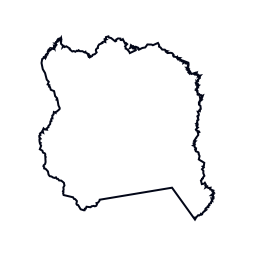 Towong, Victoria, Australia, rotated 11°
{"feature_id": "25037944B17734063205402", "entity_name": "Towong", "entity_type": "district", "adm_level": 2, "iso_a3": "AUS", "parent_name": "Australia", "parent_adm1": "Victoria", "projection": "mercator", "projection_center": [147.729, -36.366], "detail": "fine", "context": "isolated", "style": "outline", "palette": "ink", "viewbox_px": 256, "rotation_deg": 11, "n_neighbors": 0, "source": "geoboundaries", "source_scale": "gbopen_adm2", "svg_char_len": 5686}
<svg xmlns="http://www.w3.org/2000/svg" viewBox="0 0 256 256"><g transform="rotate(11 128 128)"><path d="M30.6,76.7L30.7,80.7L33.1,86.5L36.1,89.9L39.0,96.0L41.4,97.8L40.8,100.6L42.7,101.0L42.6,102.5L43.6,102.7L44.9,105.2L48.4,105.9L50.4,110.6L52.8,112.4L52.5,113.9L53.5,114.0L55.4,119.1L57.2,121.5L57.2,122.6L55.0,125.4L53.8,126.2L54.0,126.9L52.2,126.5L52.3,129.0L51.3,130.3L52.0,132.9L51.3,133.0L50.9,134.1L51.5,135.7L50.6,136.3L50.8,139.0L49.4,141.5L49.8,142.3L48.1,144.1L48.7,145.1L46.5,145.3L45.2,144.5L44.7,146.8L45.5,148.6L44.3,148.1L44.2,148.9L43.2,149.3L42.6,150.6L43.4,151.6L42.4,152.6L42.7,153.9L44.2,155.2L43.2,155.9L43.6,157.7L44.2,159.2L45.1,159.4L44.7,160.3L46.1,162.0L45.5,165.7L48.3,166.6L49.2,168.3L51.2,168.8L51.8,169.5L52.0,171.3L52.8,172.2L52.5,172.9L53.6,177.1L53.5,179.1L52.3,180.8L52.3,181.8L53.3,182.5L53.4,183.7L55.2,184.0L57.7,185.9L58.9,188.9L60.3,190.2L62.2,190.2L63.8,190.9L65.6,191.0L66.7,190.2L67.7,191.4L68.9,191.3L70.4,192.6L72.6,192.4L75.5,194.0L76.6,196.6L75.9,198.6L76.6,201.0L76.2,202.6L76.9,203.1L76.8,204.5L77.6,206.1L87.3,206.5L88.5,207.9L89.7,207.9L91.8,209.5L91.8,212.3L92.7,213.2L93.8,213.2L97.0,216.8L100.4,217.2L101.1,217.0L101.0,215.5L101.9,215.3L102.3,213.2L106.4,212.9L107.2,211.8L109.3,211.0L110.4,211.2L111.7,210.4L112.1,208.8L111.4,207.7L112.9,206.9L113.9,204.8L113.9,203.8L182.6,178.2L211.2,205.1L211.6,204.0L210.6,203.2L212.0,202.7L213.6,200.2L214.5,200.3L215.7,199.3L215.9,198.5L216.8,199.0L217.2,198.6L217.6,196.7L220.2,193.7L219.7,193.7L220.0,193.3L219.4,192.7L220.4,191.0L221.9,190.4L221.4,189.5L222.6,188.4L222.1,187.8L222.5,186.7L223.8,186.0L223.6,184.9L224.0,183.8L224.7,183.8L224.0,182.4L224.5,182.7L224.7,181.5L225.4,180.9L225.2,179.6L224.4,179.7L224.7,179.0L224.2,178.7L224.3,177.8L222.5,178.1L223.1,177.3L223.6,177.8L224.6,176.6L224.1,175.8L224.9,175.3L223.8,174.2L222.8,174.1L222.6,173.3L223.0,173.0L220.4,172.6L220.4,170.9L218.6,171.6L217.3,171.2L217.0,170.3L215.6,171.5L215.9,170.1L214.9,169.8L215.2,168.6L213.9,167.1L213.3,168.1L211.2,169.0L209.6,165.6L210.4,164.6L210.3,163.7L211.2,163.2L211.1,162.2L212.1,160.4L210.5,157.9L210.2,155.7L208.5,154.3L209.9,152.3L208.7,151.5L209.7,150.9L209.5,147.6L203.5,145.4L203.6,141.9L202.2,139.9L202.3,139.3L201.7,138.4L199.0,137.9L198.1,136.5L198.8,136.1L198.7,134.9L197.3,134.5L196.8,132.9L195.3,132.7L196.6,131.2L195.4,130.4L196.3,129.6L195.8,129.0L196.7,128.0L195.4,127.9L196.5,125.3L197.2,125.7L196.6,124.9L198.3,121.4L197.6,119.4L198.8,118.4L198.2,117.8L196.9,118.1L196.8,117.5L195.5,117.3L194.9,116.5L196.4,114.3L195.6,114.1L194.9,112.8L195.7,112.9L195.7,111.1L194.7,110.7L195.3,110.4L194.6,109.3L194.9,108.8L194.5,107.4L195.5,106.6L195.5,106.0L194.8,105.3L194.8,104.3L193.9,103.6L194.0,102.8L195.0,102.3L194.9,100.9L193.4,98.7L194.1,98.6L194.6,97.2L195.3,97.5L195.2,95.9L195.8,95.4L194.9,92.5L193.2,91.5L192.7,89.2L193.0,88.7L193.4,89.1L193.3,87.6L193.9,87.6L194.9,86.4L193.6,86.2L192.9,84.5L193.9,84.9L194.3,83.7L194.9,84.3L195.3,81.9L194.6,82.4L193.9,81.8L194.3,82.3L193.9,82.6L193.4,81.8L192.5,82.1L191.5,81.2L190.9,81.6L190.8,80.9L190.6,81.9L189.9,81.8L189.7,80.0L189.0,79.4L189.2,78.6L187.6,77.9L188.4,77.4L188.0,77.0L188.9,76.9L187.9,76.7L188.4,75.8L187.7,75.9L188.4,75.4L188.2,74.7L188.8,74.6L188.5,74.2L189.0,73.4L188.2,73.7L188.4,72.8L187.7,72.7L188.1,72.2L187.1,72.2L187.4,71.6L186.7,71.8L185.9,70.9L186.6,70.2L186.3,69.1L187.0,69.5L187.9,68.5L187.4,67.2L189.0,65.2L188.6,63.6L189.1,62.7L187.9,63.2L187.7,64.0L187.4,63.3L186.9,63.8L187.0,62.7L186.5,62.4L187.2,62.1L186.2,62.4L186.2,61.5L185.8,62.7L184.8,62.7L184.9,61.1L183.4,62.8L182.0,62.3L182.4,61.6L180.2,62.8L178.9,61.9L178.3,63.0L176.7,61.9L177.3,61.0L176.6,60.6L177.9,60.5L176.7,59.2L174.6,58.7L175.2,58.0L174.4,57.6L175.4,57.4L174.8,57.0L175.5,55.6L175.0,55.2L175.4,54.3L175.0,53.6L174.1,53.6L175.0,52.9L174.8,52.4L172.0,51.9L172.6,52.4L172.3,53.3L170.9,52.8L169.9,53.7L169.8,52.6L168.3,51.5L167.8,52.0L167.2,51.2L166.5,51.7L166.2,50.7L164.4,51.2L164.1,50.1L164.7,49.6L163.4,49.8L163.1,49.3L162.9,50.1L161.8,49.1L159.2,49.2L158.5,48.4L158.9,47.6L157.3,46.2L155.7,46.0L152.5,46.9L150.8,46.0L151.9,45.0L150.3,44.9L149.2,44.1L146.6,44.5L144.5,42.7L142.9,42.2L142.8,40.8L141.2,38.8L136.6,42.0L135.3,41.6L131.1,42.3L129.6,45.6L126.8,46.7L123.7,49.1L122.9,48.5L123.1,47.7L122.5,47.2L120.3,46.8L119.9,48.1L119.3,48.3L119.0,47.1L117.5,47.1L118.1,46.2L116.9,47.0L115.1,46.1L115.0,47.0L115.5,47.4L114.8,49.0L116.7,47.7L117.7,49.0L120.4,48.8L120.8,50.2L115.5,54.1L114.5,52.7L111.7,50.7L110.5,50.5L110.3,49.2L109.5,48.4L111.2,45.8L109.7,44.9L108.9,45.6L106.0,41.8L105.1,42.9L104.0,43.0L103.5,41.7L101.1,42.0L99.5,43.5L99.8,44.7L98.9,45.4L94.2,42.9L91.9,42.8L91.3,41.8L89.0,43.0L89.3,44.2L88.4,45.0L89.6,45.3L88.6,45.9L89.3,47.9L87.9,47.7L86.3,48.8L86.7,48.6L86.0,49.4L86.4,49.7L83.7,51.5L82.9,53.5L83.2,55.3L82.2,55.9L81.6,57.1L81.7,58.3L82.8,59.8L81.3,61.9L79.4,62.9L79.0,64.3L77.3,65.7L77.1,64.5L76.3,64.0L75.9,64.4L76.7,65.3L75.9,65.7L74.5,63.5L74.9,62.9L72.1,62.1L71.7,61.3L70.8,62.1L68.7,61.3L66.2,61.8L64.7,61.1L64.1,62.1L63.0,61.9L61.8,63.2L60.1,62.8L58.7,63.5L55.7,61.9L55.7,61.1L51.9,59.6L50.3,60.6L49.4,59.8L48.5,61.0L48.6,59.7L46.4,58.3L45.8,57.0L45.9,55.7L45.4,55.0L45.7,54.4L45.0,54.1L45.5,53.3L45.1,52.2L44.7,53.4L44.0,53.0L43.2,53.5L43.9,54.9L42.4,54.3L42.3,54.9L43.0,55.3L42.8,55.9L42.1,55.5L40.9,55.4L42.2,55.7L42.3,56.7L41.4,57.4L40.9,56.5L41.1,58.6L40.0,58.9L41.9,60.0L41.2,61.2L40.7,61.2L41.1,62.0L40.8,62.8L39.9,62.2L40.5,64.0L39.7,63.3L39.3,64.1L38.1,64.2L38.9,64.7L37.9,64.8L37.1,66.3L36.0,65.6L35.8,67.3L35.0,66.7L34.6,68.4L35.2,70.1L34.3,70.7L34.6,71.5L33.4,71.7L33.1,73.3L34.0,73.7L33.6,75.2L32.9,74.4L31.8,74.5L31.8,75.5L30.6,76.7Z" fill="none" stroke="#020617" stroke-width="2"/></g></svg>